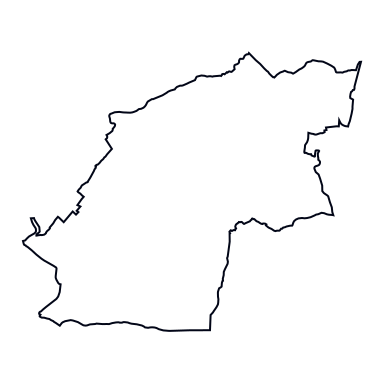 Catunele, Mehedinti, Romania (Albers equal-area conic projection), rotated 90°
{"feature_id": "2599482B53322933719204", "entity_name": "Catunele", "entity_type": "district", "adm_level": 2, "iso_a3": "ROU", "parent_name": "Romania", "parent_adm1": "Mehedinti", "projection": "albers", "projection_center": [22.933, 44.84], "detail": "fine", "context": "isolated", "style": "outline", "palette": "ink", "viewbox_px": 384, "rotation_deg": 90, "n_neighbors": 0, "source": "geoboundaries", "source_scale": "gbopen_adm2", "svg_char_len": 5872}
<svg xmlns="http://www.w3.org/2000/svg" viewBox="0 0 384 384"><g transform="rotate(90 192 192)"><path d="M218.3,353.1L222.2,351.9L225.0,350.5L228.0,348.5L229.0,348.1L231.0,348.0L232.0,348.3L233.4,349.6L236.5,355.0L238.5,357.1L240.4,358.8L241.0,361.0L244.1,360.2L245.0,359.6L245.4,358.4L246.3,357.7L246.7,356.7L250.2,352.4L254.6,347.6L258.7,342.5L260.6,339.7L265.8,330.5L267.5,327.9L268.3,327.5L269.1,327.5L276.1,328.3L277.8,328.3L279.7,327.6L283.1,325.7L284.0,324.7L284.3,323.4L292.1,324.3L296.5,325.8L298.9,327.6L307.0,338.0L309.4,340.9L311.4,343.0L311.8,344.0L312.5,344.7L313.8,344.9L314.7,343.5L315.8,344.3L316.4,344.3L316.9,343.7L317.6,342.3L317.7,339.8L318.6,336.7L319.0,334.6L320.1,333.0L321.2,330.6L321.9,330.0L322.8,328.4L325.7,324.2L323.1,322.3L322.3,321.3L321.2,318.9L320.1,313.3L320.5,311.1L322.1,306.1L325.2,300.8L325.4,300.1L325.6,298.3L325.4,296.9L324.4,294.0L324.0,288.8L323.6,287.5L324.1,281.2L324.0,277.2L324.1,275.0L323.1,271.8L322.4,267.8L322.3,265.2L322.7,264.2L322.7,263.2L322.7,262.1L322.1,260.6L322.1,259.5L322.5,256.2L323.2,254.4L323.7,252.4L324.3,247.2L325.5,242.1L326.5,240.1L327.4,239.0L327.8,235.9L327.4,233.8L327.3,231.6L327.5,229.4L328.0,227.5L329.2,225.1L330.4,220.7L330.9,214.6L330.3,195.3L330.2,174.0L315.0,173.4L312.4,171.0L311.5,170.5L307.3,167.6L304.5,166.1L302.7,165.8L299.2,165.6L296.7,166.0L292.8,166.1L291.7,166.0L288.3,164.9L287.4,163.3L286.6,162.4L282.9,162.1L281.2,161.6L280.8,161.4L280.7,161.0L278.8,161.2L275.1,160.3L271.9,160.2L269.3,159.1L263.8,156.4L261.7,156.1L258.1,156.9L256.6,156.3L241.7,154.3L233.7,154.4L233.4,153.9L231.9,154.6L231.4,154.3L230.3,153.3L230.4,152.9L231.0,152.1L230.1,150.5L230.2,148.9L229.1,148.7L228.9,148.2L228.5,147.9L226.9,148.7L226.4,148.7L224.9,148.2L223.9,147.4L223.5,146.5L223.0,146.2L222.6,145.4L222.0,145.1L222.2,143.8L221.9,142.9L222.0,142.2L223.6,140.5L223.9,140.1L223.9,139.7L223.3,138.8L221.3,134.1L220.2,133.3L219.8,132.5L218.7,132.1L218.5,131.7L218.9,130.7L219.1,130.5L219.1,129.7L221.2,127.5L222.0,125.5L222.9,124.3L223.8,122.7L224.0,121.5L223.6,121.2L223.5,120.7L223.6,119.0L223.8,118.6L224.4,117.6L225.4,118.1L227.4,115.7L228.0,114.6L228.9,112.5L230.7,109.9L231.1,108.6L230.7,107.1L230.7,104.7L230.4,104.2L228.7,102.9L228.6,101.7L227.6,100.9L227.2,99.0L226.5,97.5L225.7,93.9L225.6,91.8L225.1,91.5L222.4,90.6L221.0,89.8L219.5,88.0L218.4,85.5L218.0,82.0L218.3,79.4L218.0,76.8L217.2,73.4L215.4,69.3L214.6,67.9L214.2,65.7L212.8,62.5L213.2,59.8L214.3,57.1L214.7,55.2L215.0,51.5L215.2,50.7L212.1,51.7L207.3,52.2L202.1,54.1L196.3,55.8L195.5,56.6L193.1,60.1L191.1,61.7L185.6,61.8L178.6,63.9L174.5,65.4L172.1,68.2L168.7,69.6L167.7,69.6L166.8,69.2L166.1,68.0L165.6,66.2L164.8,64.8L163.7,64.2L162.6,64.0L161.8,64.0L160.6,64.7L159.8,65.7L158.0,65.7L155.9,66.1L153.5,66.2L151.0,64.9L150.5,65.3L150.4,66.6L150.4,67.9L150.7,68.4L153.5,68.9L156.4,69.1L156.6,69.6L156.4,70.1L155.4,72.5L154.2,72.9L154.2,74.6L153.9,75.8L153.5,76.8L153.0,77.4L152.7,78.6L153.0,79.0L152.9,79.4L152.6,79.6L151.5,79.7L147.7,79.1L145.7,79.0L144.9,78.8L142.3,77.0L140.2,76.2L138.2,75.8L132.8,75.6L133.7,72.5L134.0,70.3L134.2,70.2L134.6,68.8L134.5,67.5L133.2,63.7L133.2,61.5L132.2,59.4L130.5,59.6L130.0,57.5L127.5,58.0L126.3,47.5L126.4,45.2L120.3,44.8L122.8,43.6L124.3,42.4L125.4,40.6L126.1,38.8L126.5,35.9L124.2,35.4L121.2,34.2L113.7,32.4L108.9,31.5L106.6,31.5L99.6,30.9L98.1,33.7L96.7,33.9L94.0,33.5L91.9,32.9L91.3,31.9L90.0,31.1L89.8,29.9L88.5,29.5L86.5,29.5L61.8,23.0L61.9,24.4L64.5,26.1L70.2,28.0L70.0,32.3L70.5,34.3L70.4,35.2L70.7,36.3L71.3,37.2L71.8,39.8L72.6,41.4L72.4,43.3L72.5,46.3L72.4,47.5L72.0,48.0L69.3,48.9L67.6,49.8L65.7,52.7L63.6,56.7L61.7,60.9L61.4,62.9L61.3,65.5L60.4,69.9L60.2,71.2L60.3,71.6L61.5,73.2L62.0,75.9L62.6,77.3L63.3,77.9L65.7,79.1L66.9,80.3L68.4,82.4L69.5,84.7L72.1,88.3L73.6,90.8L73.6,91.1L72.7,92.6L72.2,95.9L70.8,99.1L70.8,99.6L71.4,100.6L72.5,103.8L74.8,107.1L76.9,109.0L77.5,109.7L77.1,110.2L77.2,110.9L76.1,112.2L73.6,114.7L71.7,116.0L71.0,117.1L68.5,119.7L64.0,123.8L60.2,128.2L53.1,135.1L53.6,135.3L54.3,135.9L54.4,137.5L55.7,139.3L58.7,140.7L58.9,141.8L58.8,143.7L59.3,144.3L60.5,144.9L62.5,145.0L63.4,145.7L64.1,146.7L64.8,148.8L65.3,149.5L66.9,149.8L69.2,149.4L71.7,152.2L71.9,152.7L71.4,154.8L71.5,155.1L72.6,156.5L72.2,157.1L74.3,159.4L74.0,160.1L73.9,160.6L74.0,161.2L74.3,161.9L74.9,162.0L76.0,162.9L75.7,163.6L76.3,170.6L76.6,171.3L76.2,173.9L76.3,175.2L76.6,176.9L75.8,179.4L75.5,182.6L76.6,187.0L77.1,187.6L80.1,189.0L82.5,194.7L83.6,196.9L85.3,200.8L85.7,202.2L85.7,204.0L86.9,207.0L88.2,208.4L89.4,209.2L90.5,213.2L91.2,214.9L92.0,216.4L92.7,217.2L95.3,221.5L99.1,230.8L99.1,232.0L99.6,232.9L101.5,236.1L102.6,236.9L104.9,238.0L106.3,239.0L107.7,240.5L108.8,242.9L109.1,245.1L110.9,247.5L111.9,250.1L112.4,251.7L112.7,253.9L112.4,260.9L111.9,264.7L112.2,268.5L112.3,269.4L113.6,272.6L113.9,273.7L115.3,274.7L116.5,274.7L118.4,274.1L121.8,273.7L122.9,273.1L123.3,272.1L123.3,270.3L123.8,269.4L124.5,268.9L125.7,269.0L126.7,269.5L128.9,271.3L129.6,271.2L131.0,271.7L133.2,274.4L135.0,277.5L136.2,276.8L137.6,276.8L138.3,277.1L139.3,278.3L148.9,272.1L154.3,276.9L156.7,278.6L157.3,279.6L159.1,280.8L160.7,282.7L163.0,284.5L164.5,286.1L164.7,286.6L164.8,287.3L165.7,288.5L166.2,288.5L166.0,287.9L168.1,288.4L169.4,289.5L170.8,290.0L177.6,293.7L181.1,295.9L182.0,296.2L182.3,296.6L182.4,297.5L185.5,302.2L187.8,303.4L189.6,305.2L191.4,306.4L192.1,305.9L193.7,303.6L195.3,302.1L196.8,300.3L199.1,302.3L205.1,306.6L206.5,303.6L210.8,307.3L212.1,305.6L214.6,308.0L211.5,311.3L222.2,320.3L217.8,324.8L216.8,326.1L220.0,328.8L223.4,330.8L227.5,334.3L228.3,334.1L229.4,334.9L231.1,336.9L232.6,338.0L233.3,338.1L233.8,338.7L234.6,339.7L235.0,341.4L235.1,342.6L234.9,343.3L235.1,344.0L235.1,344.8L235.6,347.3L235.6,347.6L235.0,347.6L234.2,347.3L232.3,344.8L231.5,344.3L227.1,344.7L220.7,348.9L219.2,349.7L218.1,350.0L218.3,353.1Z" fill="none" stroke="#020617" stroke-width="2"/></g></svg>